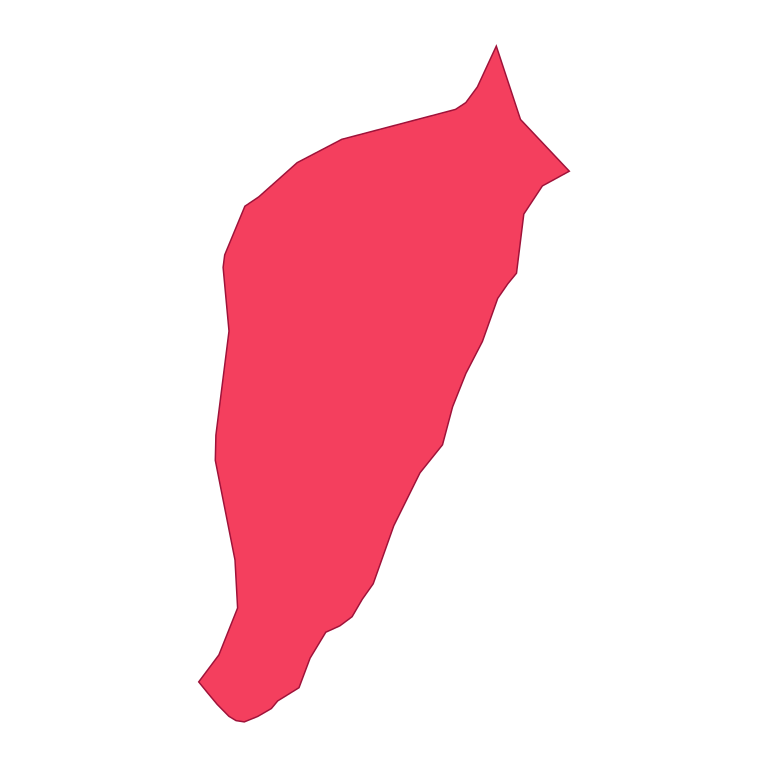 an SVG outline of Bundibugyo
{"feature_id": "UGA-3104", "entity_name": "Bundibugyo", "entity_type": "District", "adm_level": 1, "iso_a3": "UGA", "parent_name": "Uganda", "parent_adm1": "", "projection": "natural_earth1", "projection_center": [30.039, 0.68], "detail": "fine", "context": "isolated", "style": "filled", "palette": "rose", "viewbox_px": 768, "rotation_deg": 0, "n_neighbors": 0, "source": "natural_earth", "source_scale": "10m", "svg_char_len": 706}
<svg xmlns="http://www.w3.org/2000/svg" viewBox="0 0 768 768"><path d="M282.1,176.1L297.2,162.6L341.8,139.3L455.5,109.4L465.8,102.6L477.4,86.9L496.3,46.1L520.5,119.5L569.3,171.2L542.4,185.9L523.8,214.1L516.5,273.2L507.8,283.8L497.7,298.4L482.4,341.5L465.9,373.4L452.6,406.8L442.5,444.8L420.0,472.8L393.8,525.7L373.2,583.8L362.3,599.2L352.1,616.7L339.9,625.8L325.8,632.2L310.1,658.1L299.0,687.7L277.7,700.9L271.4,708.5L257.8,716.4L244.3,721.9L236.0,720.6L228.9,716.3L217.2,704.4L207.8,693.1L198.7,681.9L218.9,654.9L222.3,646.4L237.6,608.0L235.0,560.0L215.3,460.4L215.9,435.1L229.0,331.1L223.1,267.4L224.7,254.9L244.9,206.2L258.7,196.9L282.1,176.1Z" fill="#f43f5e" stroke="#9f1239" stroke-width="1.5"/></svg>